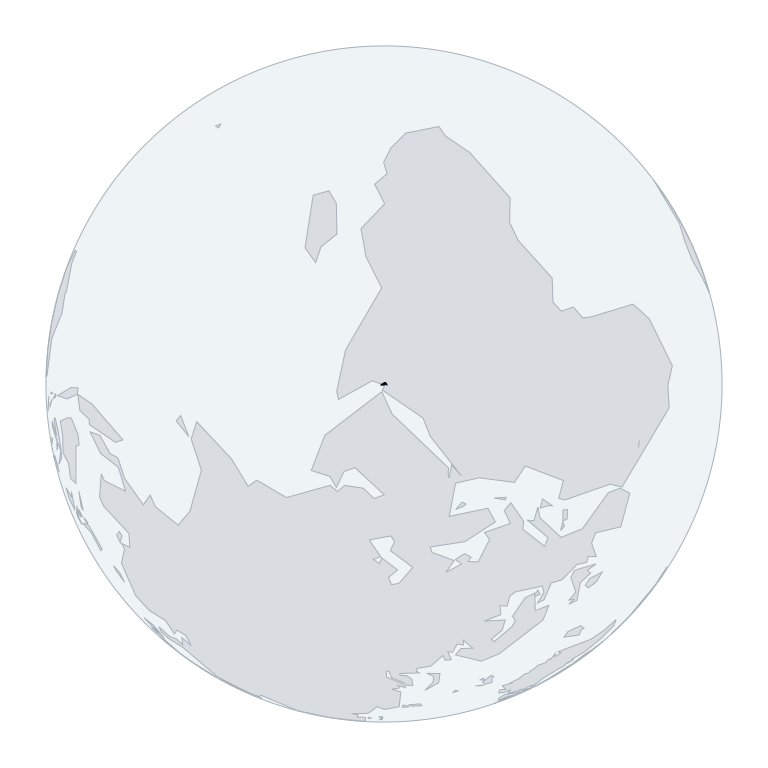 globe centered on Arta, rotated 166°
{"feature_id": "DJI-1568", "entity_name": "Arta", "entity_type": "Region", "adm_level": 1, "iso_a3": "DJI", "parent_name": "Djibouti", "parent_adm1": "", "projection": "orthographic", "projection_center": [42.782, 11.46], "detail": "coarse", "context": "on_globe", "style": "filled", "palette": "ink", "viewbox_px": 768, "rotation_deg": 166, "n_neighbors": 0, "source": "natural_earth", "source_scale": "10m", "svg_char_len": 8827}
<svg xmlns="http://www.w3.org/2000/svg" viewBox="0 0 768 768"><g transform="rotate(166 384 384)"><circle cx="384" cy="384" r="338" fill="#eef3f6" stroke="#a8b0b8"/><path d="M219.2,89.0L224.4,86.3L202.7,99.0L184.2,112.6L178.9,116.4L173.3,119.9L174.5,118.8L196.3,103.0L219.2,89.0ZM46.2,393.4L49.2,409.0L54.9,429.4L57.6,449.7L58.5,468.5L72.4,514.5L73.1,516.5L64.1,492.8L56.8,468.6L51.4,443.8L47.9,418.7L46.2,393.4ZM318.0,52.6L315.6,53.1L315.3,53.1L318.0,52.6ZM296.8,58.0L299.8,56.9L305.0,55.7L296.8,58.0ZM327.1,50.9L327.6,50.9L322.7,51.7L323.4,51.6L327.1,50.9ZM335.3,49.7L321.6,52.0L314.8,53.8L310.0,54.8L321.7,51.9L335.3,49.7ZM337.1,49.4L338.6,49.1L335.4,49.6L331.1,50.3L330.9,50.3L337.1,49.4ZM334.2,50.0L337.5,49.5L334.2,50.1L334.2,50.0ZM351.7,47.7L352.7,47.5L355.2,47.3L351.7,47.7ZM343.3,48.9L338.9,49.5L338.4,49.4L343.3,48.9ZM347.9,48.2L351.0,48.0L340.9,49.0L347.9,48.1L347.9,48.2ZM353.9,47.5L355.7,47.3L353.1,47.6L353.9,47.5ZM347.8,49.4L335.1,50.8L334.0,50.3L346.5,49.0L347.8,49.4ZM546.6,87.8L555.5,94.4L579.0,112.0L580.2,110.6L588.6,116.0L616.4,140.1L642.7,176.9L654.2,188.8L660.0,197.2L661.2,203.0L652.8,190.7L647.3,187.0L642.3,179.8L641.5,186.7L634.4,176.8L637.2,187.9L644.5,195.4L647.8,192.2L653.3,207.4L666.4,220.8L676.2,238.8L682.1,273.7L675.7,286.6L677.1,292.8L670.2,287.1L667.6,300.7L685.5,333.1L687.3,343.3L680.0,365.3L678.7,357.7L660.7,342.5L661.9,367.5L675.8,385.3L680.7,408.6L672.1,403.0L666.6,382.7L660.1,376.7L658.5,355.1L646.8,325.0L637.8,332.8L635.4,320.1L617.9,296.8L603.2,307.4L582.0,344.5L584.4,377.2L574.8,392.7L550.1,348.2L540.6,317.6L530.7,321.5L506.1,297.4L460.8,298.7L455.3,291.0L446.5,295.1L429.4,287.9L421.3,275.3L410.5,276.4L432.4,309.8L444.0,308.8L455.1,295.2L458.9,307.4L475.5,317.7L453.8,348.5L388.0,377.1L383.3,352.7L341.7,286.9L343.9,279.6L343.8,278.8L343.4,277.3L337.9,289.1L331.3,276.4L351.7,321.9L354.4,341.6L387.1,378.5L383.6,382.4L394.6,390.0L431.9,380.0L431.7,388.1L413.1,426.3L363.0,477.8L370.7,511.8L368.7,540.3L339.8,558.7L344.7,580.1L330.1,587.3L330.7,599.2L320.3,611.3L302.0,622.2L268.4,620.5L264.4,609.8L244.8,587.8L216.6,534.1L223.0,510.4L219.2,491.1L195.2,446.1L200.3,422.5L194.3,411.7L181.7,412.9L175.1,400.1L167.7,399.0L123.1,401.2L110.9,383.2L99.8,331.9L108.9,314.0L113.1,291.9L178.0,226.4L188.8,232.1L236.6,227.7L242.1,230.8L233.3,246.9L266.7,270.2L281.2,257.0L314.5,270.0L338.6,270.4L352.7,239.8L313.2,238.3L309.4,223.2L343.6,211.5L378.6,214.6L378.2,209.0L358.7,195.8L369.4,186.2L352.2,190.6L357.2,196.4L346.6,199.9L341.4,194.9L345.4,191.4L335.6,188.6L319.1,207.7L322.5,215.6L295.1,218.1L298.0,232.0L289.7,238.1L281.7,217.0L284.5,209.6L267.4,187.6L261.9,195.2L277.7,217.1L271.6,215.1L264.4,227.4L265.1,216.5L249.3,192.3L226.4,195.6L192.6,224.3L180.2,225.8L171.9,218.6L188.9,188.1L214.7,188.5L221.1,179.3L219.8,165.3L227.8,167.1L230.5,161.9L240.6,162.1L258.9,150.9L269.8,150.5L280.8,136.0L287.9,134.3L279.3,143.0L279.2,149.6L306.8,150.5L313.3,147.7L318.2,138.7L325.2,140.8L326.4,132.0L344.1,129.7L323.5,125.7L328.8,116.6L341.5,110.5L339.5,107.3L318.8,117.5L313.8,122.4L315.5,127.5L298.7,142.5L288.4,144.6L292.0,127.5L277.7,129.3L286.7,116.6L337.3,94.4L356.5,91.5L380.1,103.8L373.5,108.7L361.7,106.2L369.0,116.2L370.1,111.6L375.9,113.9L382.4,107.1L386.8,108.5L385.4,100.2L391.6,101.2L392.3,106.4L407.1,98.9L420.9,100.1L422.1,97.8L419.5,95.1L438.7,99.3L438.8,97.5L432.5,95.4L428.5,90.8L429.0,84.6L435.6,86.4L436.3,88.8L447.8,97.3L448.8,104.4L451.5,104.6L452.3,98.9L438.3,88.5L436.7,84.4L444.4,88.6L441.4,86.7L442.7,85.3L450.2,85.9L442.2,81.2L447.3,67.2L462.3,68.1L468.6,72.6L479.1,68.3L495.2,71.8L489.3,69.5L490.5,67.3L485.5,66.0L482.8,64.9L483.4,61.4L488.6,62.8L485.8,61.8L516.8,73.3L546.6,87.8ZM152.5,260.9L149.9,267.3L152.5,260.9ZM413.9,234.9L436.0,236.2L429.0,217.2L436.9,216.5L431.6,210.8L428.3,215.9L415.8,200.4L426.4,195.3L425.2,187.5L417.7,186.9L400.4,199.1L418.2,220.8L411.9,228.4L413.9,234.9ZM161.6,130.8L153.3,138.5L158.5,133.3L155.4,135.7L162.6,128.8L176.6,118.1L169.0,123.8L161.6,130.8ZM235.2,136.8L237.4,140.0L231.5,145.5L217.7,148.8L226.0,140.6L235.2,136.8ZM241.7,143.7L249.1,127.4L257.9,125.6L251.7,129.2L256.8,129.6L248.2,135.7L249.5,151.0L244.4,157.1L221.7,158.2L231.9,154.1L229.2,150.7L241.7,143.7ZM252.2,97.8L255.5,93.2L270.4,94.9L265.6,99.2L251.6,101.9L249.0,98.6L252.2,97.8ZM272.9,64.9L274.3,64.4L269.5,66.1L272.9,64.9ZM259.4,69.9L266.2,67.4L270.7,65.8L286.5,60.5L290.0,59.4L310.8,54.1L311.9,53.9L310.3,54.3L304.7,55.5L306.6,55.2L297.2,57.5L297.8,57.6L271.0,66.4L270.0,66.4L255.5,72.8L247.2,75.7L256.8,71.2L239.6,78.9L245.0,76.1L233.6,81.5L247.7,74.8L259.4,69.9ZM345.7,59.3L339.8,58.3L342.1,62.5L332.7,62.9L333.6,63.4L325.5,65.2L317.3,68.6L313.5,68.5L311.9,69.9L306.6,71.6L303.1,73.7L295.1,74.5L290.2,77.4L289.2,76.2L283.0,81.1L284.0,78.0L277.2,80.4L279.8,82.1L244.8,86.3L229.4,92.1L215.9,99.1L219.5,94.1L234.3,85.0L253.9,75.7L268.3,71.5L267.3,70.5L273.8,68.5L271.9,70.1L278.8,66.5L283.7,65.4L301.1,60.0L308.2,56.7L314.7,55.1L314.4,55.9L321.1,53.9L325.0,54.6L329.8,53.6L338.4,53.9L335.0,56.8L340.6,55.6L347.4,56.4L345.7,59.3ZM349.9,49.5L348.1,51.7L342.1,53.4L329.6,52.4L324.7,53.1L316.6,53.6L325.5,51.4L327.0,51.4L330.6,50.9L326.4,51.7L332.4,50.8L334.7,50.9L340.0,50.3L337.9,51.1L349.9,49.5ZM250.2,225.2L254.8,226.2L262.4,225.9L258.0,234.2L250.2,225.2ZM239.0,208.7L243.4,207.9L240.9,218.4L236.2,217.8L239.0,208.7ZM248.0,199.1L243.9,207.1L243.3,202.4L248.0,199.1ZM283.6,142.2L288.6,141.4L288.3,143.5L284.6,146.7L283.6,142.2ZM350.6,75.4L348.2,73.6L350.2,73.0L351.5,68.4L358.6,68.2L360.6,70.9L350.6,75.4ZM344.8,244.9L336.6,250.5L333.5,247.6L336.9,246.1L344.8,244.9ZM294.3,242.2L304.8,246.7L293.0,244.5L294.3,242.2ZM358.5,74.4L358.3,72.4L362.0,73.7L358.5,74.4ZM363.8,68.0L368.5,69.0L359.6,67.7L363.8,68.0ZM482.5,672.4L484.9,675.1L479.5,675.8L482.5,672.4ZM427.7,535.2L407.0,584.4L390.7,584.7L386.6,570.6L393.4,540.9L412.1,532.2L420.9,518.3L427.7,535.2ZM707.6,454.8L709.5,455.1L709.2,456.7L707.6,454.8ZM705.8,450.7L708.6,449.8L704.7,454.3L705.8,450.7ZM709.6,449.5L712.4,445.1L713.6,442.0L713.0,445.4L709.6,449.5ZM703.6,451.7L688.7,456.3L681.8,454.2L684.2,448.1L695.3,446.3L703.6,451.7ZM683.6,448.1L672.1,435.1L650.9,393.0L658.6,392.3L679.7,415.9L678.5,421.0L685.5,431.8L683.6,448.1ZM708.4,411.3L707.0,426.3L699.5,427.8L695.7,426.7L693.1,408.7L694.6,398.7L698.0,398.0L707.0,362.0L711.0,368.5L709.2,383.2L712.1,394.8L708.4,411.3ZM586.1,380.1L594.6,398.6L588.9,402.5L586.1,380.1ZM707.6,338.3L706.0,353.7L706.4,333.8L707.6,338.3ZM706.0,320.2L707.6,327.1L704.9,321.0L706.0,320.2ZM679.9,302.2L676.5,304.9L674.9,300.1L678.3,293.9L679.9,302.2ZM683.6,254.4L689.2,268.2L690.5,273.1L686.2,265.1L683.6,254.4ZM418.5,76.8L408.7,82.6L406.4,88.2L412.4,92.8L399.7,89.5L403.3,80.8L418.5,76.8ZM443.1,67.9L437.7,64.9L442.7,65.3L444.6,66.0L443.1,67.9ZM438.0,66.7L426.4,65.0L425.1,62.8L434.5,64.5L438.0,66.7ZM392.3,67.9L388.9,69.4L386.0,68.2L392.3,67.9ZM663.7,573.7L651.5,588.3L650.2,587.1L657.5,577.1L670.1,549.9L671.2,549.9L679.2,530.9L695.3,508.6L709.0,473.5L710.0,473.1L710.1,472.5L701.7,499.1L691.1,525.0L678.4,549.9L663.7,573.7ZM712.1,453.6L715.9,440.5L716.8,438.7L712.1,453.6ZM721.4,402.3L721.5,401.2L721.5,400.5L721.4,402.3ZM721.8,394.3L721.6,392.1L721.9,389.1L721.8,394.3ZM719.7,408.8L719.4,412.8L719.0,410.3L719.7,408.8ZM720.4,405.9L721.0,408.6L720.1,409.3L720.4,405.9ZM713.8,397.3L714.6,405.9L717.3,398.6L715.2,408.1L716.1,422.2L715.0,428.3L714.4,412.9L712.6,430.2L711.3,430.6L711.5,416.4L713.3,398.2L714.6,390.3L718.9,384.6L713.8,397.3ZM720.8,394.7L720.4,384.4L720.5,377.1L721.0,382.2L720.8,394.7ZM717.5,360.4L714.5,349.5L713.3,355.1L714.3,336.3L717.3,349.8L717.5,360.4ZM712.6,335.0L711.6,340.1L711.6,329.5L712.6,335.0ZM710.5,336.3L708.7,328.2L710.3,328.5L710.5,336.3ZM713.4,334.9L711.0,320.7L713.2,328.6L713.4,334.9ZM703.9,310.3L710.1,322.0L704.7,318.4L697.4,292.2L699.1,290.7L703.9,310.3ZM668.3,204.8L663.9,198.4L663.5,196.3L666.7,201.3L668.3,204.8ZM658.0,186.2L661.9,193.7L664.4,201.1L666.9,203.7L673.4,215.4L666.0,205.5L659.3,192.2L658.7,188.8L652.2,179.6L647.7,173.0L638.7,162.3L634.7,157.6L642.6,166.5L658.0,186.2ZM630.6,153.0L631.0,153.4L629.5,151.9L634.8,158.0L617.6,140.1L619.2,141.3L630.6,153.0ZM614.1,136.6L612.4,135.3L583.5,112.3L578.0,108.1L601.1,125.1L600.7,125.0L607.4,130.8L614.1,136.6ZM480.0,64.3L476.7,62.9L479.9,63.3L480.0,64.3ZM469.4,59.4L468.1,59.9L466.7,58.7L469.4,59.4ZM465.8,61.4L466.3,59.7L469.7,62.5L465.8,61.4Z" fill="#d9dde1" stroke="#a8b0b8" stroke-width="1"/><path d="M386.7,383.8L386.4,384.3L385.8,384.0L385.6,383.9L384.8,384.1L384.5,384.6L384.3,384.7L383.6,385.1L382.4,384.9L381.9,384.2L381.7,383.8L381.6,383.1L381.6,382.9L381.8,383.1L382.6,383.5L382.8,383.8L383.0,384.0L383.1,383.9L383.3,383.9L383.5,383.8L383.4,383.7L383.5,383.5L383.8,383.4L384.1,383.3L384.3,383.3L384.4,383.2L384.5,383.2L384.5,383.3L385.0,383.6L385.3,383.7L385.6,383.7L386.3,383.5L386.6,383.8L386.7,383.8Z" fill="#0f172a" stroke="#020617" stroke-width="1.5"/></g></svg>